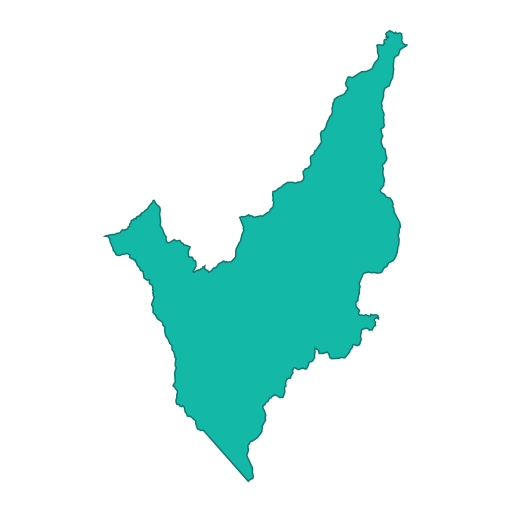 Yarumal, Antioquia, Colombia (Robinson projection)
{"feature_id": "7082276B85908118350563", "entity_name": "Yarumal", "entity_type": "district", "adm_level": 2, "iso_a3": "COL", "parent_name": "Colombia", "parent_adm1": "Antioquia", "projection": "robinson", "projection_center": [-75.435, 7.007], "detail": "fine", "context": "isolated", "style": "filled", "palette": "teal", "viewbox_px": 512, "rotation_deg": 0, "n_neighbors": 0, "source": "geoboundaries", "source_scale": "gbopen_adm2", "svg_char_len": 6066}
<svg xmlns="http://www.w3.org/2000/svg" viewBox="0 0 512 512"><path d="M267.3,212.7L262.4,216.3L261.1,215.8L254.0,217.3L252.1,216.1L249.8,215.5L249.3,215.9L248.7,214.8L244.9,216.8L242.0,216.6L239.7,217.4L243.6,227.0L243.3,228.5L243.7,230.6L242.0,234.5L240.3,241.6L238.7,243.4L238.4,244.8L237.4,246.1L237.4,247.4L236.5,248.1L235.9,250.0L235.6,257.1L231.1,261.9L226.6,262.2L226.3,261.6L224.7,262.1L223.8,261.0L222.7,261.5L221.9,262.3L218.7,263.8L216.9,266.7L214.9,268.0L213.9,268.0L212.7,268.9L211.8,270.6L208.8,272.3L208.0,270.9L204.7,268.9L204.7,266.3L204.4,266.8L203.0,266.8L202.7,268.1L200.7,269.0L199.8,270.0L198.6,269.8L193.7,272.2L192.9,271.7L196.0,266.2L195.8,262.1L195.4,260.9L193.7,260.1L192.3,257.4L191.3,257.0L190.1,257.3L188.6,256.5L188.3,251.2L189.9,247.9L190.0,246.8L185.6,245.1L184.0,245.3L183.2,243.7L181.0,242.3L179.8,240.4L176.8,241.0L174.2,239.7L169.4,242.7L167.8,242.8L166.4,241.3L165.9,239.0L166.2,236.7L164.6,235.1L162.4,228.8L160.2,225.5L160.6,221.2L159.6,214.4L160.2,209.9L159.7,207.2L156.4,204.3L154.1,200.4L153.2,200.5L152.4,202.4L149.7,205.5L147.4,209.0L145.0,210.6L144.0,212.0L141.7,213.0L140.8,214.2L140.8,215.5L139.9,215.1L139.1,216.4L138.3,216.1L136.4,217.1L136.0,218.8L134.1,218.7L133.1,220.1L132.4,220.0L131.3,220.7L131.0,222.7L129.8,223.8L129.7,226.0L128.3,226.9L127.9,228.2L127.1,229.1L123.7,230.3L122.4,229.7L119.7,233.0L116.7,233.4L114.2,234.7L113.0,234.4L105.6,235.9L105.1,236.2L107.4,236.4L108.6,237.1L109.7,238.9L110.3,242.2L111.2,243.8L111.7,245.9L112.6,246.8L113.4,250.6L115.0,252.1L115.9,254.5L117.6,255.4L119.8,255.4L122.3,254.3L127.7,253.5L129.7,255.0L130.0,255.9L129.5,257.2L132.0,258.9L132.6,258.6L133.9,259.9L135.4,260.0L135.3,261.6L136.4,262.2L137.0,264.7L139.5,267.9L140.6,270.4L143.0,271.5L144.1,278.1L147.4,280.3L148.9,279.6L149.6,280.0L149.2,282.8L149.9,283.9L151.7,284.8L152.6,286.4L152.9,288.4L152.7,290.4L153.5,291.2L152.7,292.9L153.2,293.5L153.2,295.7L154.3,296.9L151.6,304.3L151.8,305.6L152.5,306.0L153.0,307.5L153.0,312.5L153.8,313.0L154.2,314.2L155.4,314.8L157.5,318.8L162.1,321.9L163.0,323.9L162.9,325.3L164.9,326.9L164.7,331.3L165.8,336.0L168.0,339.0L169.9,343.6L172.0,345.3L172.0,349.5L174.0,352.1L175.0,357.4L176.0,358.3L175.2,363.5L175.3,365.9L176.3,367.8L174.6,372.6L175.3,381.7L173.1,385.4L173.3,386.2L174.9,387.1L175.3,388.4L177.2,390.6L177.5,392.1L176.8,394.9L176.8,398.0L176.1,399.6L176.0,401.7L176.8,404.2L179.0,404.6L179.6,405.8L181.9,406.7L182.6,405.8L183.3,406.1L184.3,407.3L185.2,412.1L186.4,413.2L187.4,416.1L190.3,416.2L195.7,421.0L195.8,423.7L197.5,428.9L200.8,430.4L203.4,430.3L248.3,481.3L250.1,479.5L252.7,478.5L253.3,476.9L252.4,471.9L252.5,468.1L246.9,456.0L247.0,454.6L248.4,450.4L247.8,445.5L249.3,443.9L250.4,441.6L253.0,440.7L257.4,437.6L261.8,431.8L262.4,425.8L265.6,419.9L265.2,417.3L265.8,415.3L264.3,410.4L262.9,408.3L263.1,405.6L264.9,404.6L265.9,402.4L267.9,401.4L269.6,398.1L270.8,398.0L272.1,396.4L274.7,394.8L276.8,395.5L279.5,397.4L282.3,397.5L283.1,397.1L284.9,391.8L284.4,387.1L285.9,386.2L285.6,382.0L286.9,379.3L288.6,378.2L290.0,378.4L290.7,377.7L290.8,376.0L292.9,373.0L292.5,370.2L294.0,367.8L294.6,367.6L298.5,369.7L302.4,368.1L305.3,369.0L306.4,368.9L308.2,365.4L309.2,362.1L311.8,361.5L312.9,360.6L314.7,357.2L314.4,355.4L315.0,352.8L314.8,348.1L318.7,350.3L319.0,353.4L322.7,353.5L327.3,352.1L328.8,353.8L329.8,357.4L331.5,358.7L338.9,358.3L341.0,357.5L344.8,357.8L349.5,352.2L350.1,350.1L352.1,347.7L353.1,344.8L353.8,344.5L357.4,345.7L359.5,344.6L361.2,339.6L360.5,336.2L361.8,329.5L366.5,328.1L368.9,329.3L369.3,330.3L371.0,329.7L372.1,330.0L373.7,326.7L375.6,325.4L375.2,324.3L375.5,322.3L374.3,320.6L374.2,319.5L376.3,317.6L378.4,318.9L378.6,317.5L377.6,317.0L378.0,315.8L376.4,314.9L372.4,315.1L371.0,314.3L370.1,315.9L369.4,316.2L365.8,314.8L363.5,315.6L361.3,314.9L359.6,315.2L358.5,313.8L359.5,310.4L356.2,306.7L355.7,303.7L356.0,302.4L357.9,300.6L358.0,297.7L359.2,293.5L359.5,288.6L360.1,286.7L359.1,283.7L363.5,273.2L368.9,272.1L372.0,272.9L373.3,272.4L377.7,273.1L381.3,272.5L383.9,268.2L386.9,266.3L388.6,262.9L393.0,260.7L394.3,259.2L396.1,255.9L396.4,253.6L397.2,252.7L397.9,246.8L398.8,244.4L399.1,239.3L398.1,235.7L398.4,234.0L399.4,232.4L399.1,230.9L399.5,228.4L400.4,227.1L399.7,222.5L394.2,212.2L393.7,208.1L392.6,206.7L393.1,204.1L392.2,201.1L390.0,198.1L386.2,197.0L384.5,194.4L381.1,192.5L380.0,190.4L383.7,185.4L383.8,182.9L384.4,181.1L384.0,177.8L383.1,175.5L382.8,170.8L383.4,169.1L382.4,165.3L383.1,164.0L384.5,163.4L384.9,161.8L386.4,160.4L386.9,157.9L386.0,156.0L385.0,149.1L382.7,147.2L381.1,142.4L381.2,139.8L382.8,136.0L381.9,134.4L380.9,129.1L383.7,127.2L384.3,125.3L383.7,122.4L383.9,119.2L383.4,118.3L384.1,114.2L381.8,108.7L382.0,105.5L381.4,103.0L383.5,96.8L383.6,92.0L384.7,88.3L389.3,85.7L390.3,82.3L392.5,77.7L393.7,69.1L393.2,66.5L394.0,58.4L395.0,56.8L398.4,54.8L400.2,49.4L406.0,46.0L406.9,45.0L404.6,44.7L402.5,42.7L401.6,40.3L402.0,38.6L401.6,33.8L400.1,33.0L396.5,33.5L395.6,32.3L394.1,33.5L393.3,32.5L389.8,30.7L386.5,32.8L386.6,33.5L385.8,34.0L386.5,35.8L386.2,37.0L388.3,36.6L388.7,37.2L387.0,37.8L386.9,38.9L386.2,39.6L385.2,39.3L384.1,40.3L384.0,42.0L384.6,43.2L383.6,44.0L383.6,44.9L381.4,45.3L380.9,44.9L377.6,44.9L376.9,45.3L377.6,49.1L377.5,51.8L378.7,56.0L378.5,57.7L378.1,59.1L374.6,63.1L371.9,68.9L366.4,71.5L361.8,71.7L352.5,77.6L348.6,76.9L347.7,77.8L345.5,83.5L346.4,86.4L347.8,87.3L347.7,89.5L346.0,91.1L345.6,92.4L344.0,94.3L337.9,96.8L334.3,99.4L334.1,101.5L332.9,103.5L332.7,106.7L332.0,108.2L332.4,111.5L331.9,114.2L329.3,117.5L328.9,119.5L328.1,120.4L326.5,124.2L326.2,126.5L324.0,130.3L321.7,131.3L320.5,133.4L321.5,142.1L316.3,149.9L314.8,150.9L314.0,154.2L310.7,156.5L310.4,158.0L311.0,164.0L310.0,166.1L308.6,167.1L308.1,168.2L305.1,169.0L304.6,170.2L303.1,171.5L303.4,175.0L304.0,176.5L303.6,179.6L300.6,182.0L297.5,182.1L295.6,183.3L292.6,182.3L287.5,182.4L282.8,185.4L281.9,186.8L278.1,188.6L277.1,190.0L274.9,191.2L273.0,191.5L272.6,194.6L273.2,197.9L272.9,200.5L273.7,202.0L273.1,206.9L270.5,209.2L269.4,211.9L267.3,212.7Z" fill="#14b8a6" stroke="#0f766e" stroke-width="1.5"/></svg>